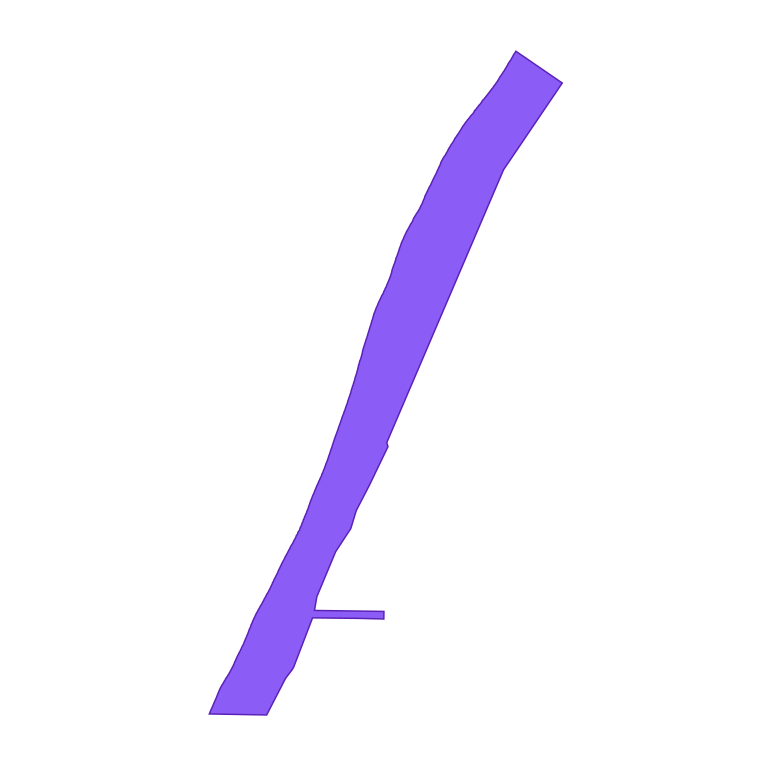 outline of Villa Gesell, Buenos Aires, Argentina, rotated 173°
{"feature_id": "61730980B33740437048301", "entity_name": "Villa Gesell", "entity_type": "district", "adm_level": 2, "iso_a3": "ARG", "parent_name": "Argentina", "parent_adm1": "Buenos Aires", "projection": "natural_earth1", "projection_center": [-57.039, -37.367], "detail": "fine", "context": "isolated", "style": "filled", "palette": "violet", "viewbox_px": 768, "rotation_deg": 173, "n_neighbors": 0, "source": "geoboundaries", "source_scale": "gbopen_adm2", "svg_char_len": 6124}
<svg xmlns="http://www.w3.org/2000/svg" viewBox="0 0 768 768"><g transform="rotate(173 384 384)"><path d="M540.8,69.8L517.6,103.8L510.5,111.1L508.3,113.7L483.4,160.6L437.4,154.4L412.8,150.8L411.8,158.3L480.6,167.7L476.6,181.0L452.4,223.5L434.6,244.5L427.0,261.7L410.7,285.5L387.7,321.3L388.4,325.5L239.3,582.0L170.4,661.0L212.5,698.2L213.4,697.0L214.8,695.6L215.5,694.7L216.1,693.7L218.1,691.0L218.4,690.3L219.9,689.0L220.1,688.6L221.1,687.6L221.2,687.3L221.8,686.7L222.6,685.3L223.1,684.7L224.3,683.1L225.1,682.2L225.5,681.6L226.0,681.1L226.5,680.2L227.5,679.3L228.0,678.5L228.9,677.6L229.4,676.8L230.3,676.0L231.8,674.3L233.4,672.0L234.1,671.3L234.7,670.4L235.7,669.5L237.1,667.7L238.4,666.6L239.4,665.3L239.6,665.2L239.8,664.7L240.6,664.2L241.4,663.4L241.9,662.7L242.6,662.1L242.7,661.9L243.0,661.6L243.3,661.4L243.6,661.0L243.9,660.8L244.2,660.4L245.2,659.6L245.6,658.9L246.2,658.3L246.4,658.2L246.9,657.8L247.3,657.3L247.8,657.0L248.0,656.5L248.9,655.9L249.0,655.6L250.2,654.5L251.0,654.0L252.0,653.0L253.0,651.6L253.7,650.9L254.2,650.3L255.1,649.6L255.3,649.3L255.5,649.3L256.0,648.9L257.0,647.8L257.3,647.3L258.3,646.6L258.9,645.7L259.9,645.1L260.2,644.6L260.8,644.3L261.0,644.0L262.0,642.3L262.4,642.0L262.6,641.6L263.4,641.1L265.6,639.2L267.3,637.3L268.7,636.2L270.3,634.4L270.7,634.1L272.0,632.7L273.4,631.1L274.5,630.1L274.9,629.3L275.6,628.6L276.9,626.8L277.6,626.1L278.0,625.4L278.7,624.8L279.1,624.0L279.7,623.6L279.9,623.2L282.0,621.0L282.6,620.1L283.4,619.5L284.2,618.3L284.9,617.2L285.6,616.3L286.0,615.7L288.2,613.4L289.1,612.1L290.6,610.3L291.5,609.2L292.0,608.2L292.5,607.6L292.8,607.0L294.4,605.1L295.0,603.9L296.3,602.7L297.1,601.8L297.3,601.4L298.1,600.6L298.6,599.5L299.2,599.0L300.0,597.8L300.6,596.8L301.5,594.8L302.6,593.1L302.7,592.8L303.3,592.2L303.8,591.1L304.5,590.2L304.8,589.6L305.5,588.5L305.9,587.6L306.4,586.9L306.8,586.2L308.1,584.4L309.8,581.9L310.8,580.2L312.7,577.3L312.9,576.6L313.2,576.4L313.2,576.2L314.9,574.1L316.2,572.1L317.6,569.8L317.9,569.5L318.0,569.1L318.5,568.5L319.1,567.4L319.9,566.4L320.6,565.1L321.3,563.4L321.6,563.0L322.9,560.8L324.4,558.0L325.9,556.0L326.3,555.1L326.7,554.8L327.1,553.8L327.6,553.3L330.0,550.2L331.3,548.9L331.7,548.1L332.8,546.9L333.2,546.3L333.8,545.7L335.1,543.6L335.7,542.3L336.3,541.4L338.3,539.2L338.6,538.5L339.8,537.0L340.4,535.9L341.0,535.3L341.8,534.0L342.1,533.8L343.4,532.0L343.9,531.0L344.5,530.2L345.1,529.1L345.9,528.0L347.4,525.2L347.9,524.6L349.4,522.1L351.0,518.7L351.7,517.4L352.1,516.9L352.6,515.4L353.0,514.7L354.0,512.5L354.8,511.0L355.1,510.2L355.9,508.7L356.1,508.5L356.3,508.1L356.7,507.7L357.0,506.6L357.5,505.6L357.7,504.9L358.9,502.4L359.4,501.5L359.7,500.9L360.1,500.3L361.0,498.3L362.0,496.4L363.2,492.8L363.5,492.4L364.6,489.9L365.1,489.2L365.4,488.5L366.1,487.1L366.3,486.9L368.2,483.4L368.9,482.4L369.8,480.5L371.2,478.6L371.5,477.9L371.9,477.1L372.4,476.7L373.8,474.0L374.2,473.5L374.8,472.7L375.3,472.1L377.6,468.4L377.8,468.2L378.2,467.4L378.4,467.2L379.5,465.5L381.7,461.5L382.6,460.3L382.9,459.4L384.0,457.5L384.3,456.7L385.2,455.4L387.4,450.0L388.7,447.4L389.8,444.5L390.6,443.0L390.9,442.2L391.5,441.0L391.9,440.0L394.1,435.1L395.3,432.2L396.5,430.1L397.1,428.4L397.6,427.6L398.1,426.3L398.4,425.8L398.9,424.5L399.5,423.4L401.0,419.9L402.2,416.2L402.3,416.1L403.0,414.4L403.8,412.4L404.5,411.0L405.2,409.9L406.1,407.5L407.0,405.7L407.5,403.9L408.0,402.8L408.3,401.7L409.1,400.1L409.7,398.3L410.2,397.4L410.6,396.3L411.6,394.5L412.9,390.9L413.9,389.0L414.9,386.5L415.3,386.0L416.3,383.7L416.9,382.6L417.9,379.8L419.1,377.4L419.5,376.4L420.1,375.4L420.8,373.8L422.2,371.0L422.8,369.3L424.6,366.0L425.7,363.5L427.2,360.8L427.8,359.2L428.3,358.6L429.0,357.1L429.7,356.0L430.3,354.3L431.1,353.0L431.5,351.9L432.1,350.9L432.9,349.2L434.5,346.2L435.1,344.7L435.9,343.3L436.0,342.9L439.8,335.6L440.3,334.3L441.4,332.3L441.6,331.6L443.2,328.3L443.4,327.7L444.8,325.1L446.0,322.3L448.1,318.2L448.1,317.9L448.5,317.1L448.8,316.6L450.3,313.5L451.5,311.6L451.8,310.7L453.0,308.5L453.5,307.3L454.2,306.3L455.4,303.9L456.5,302.3L457.1,300.9L457.9,299.4L459.3,297.5L459.6,296.6L460.4,295.6L461.7,293.2L463.0,291.3L464.8,288.0L465.4,287.1L465.7,286.4L466.2,285.6L466.6,284.7L468.4,281.8L469.7,279.2L471.1,276.9L471.4,276.0L472.0,275.1L472.5,273.8L473.9,271.2L474.4,269.6L475.3,268.5L475.7,267.5L476.2,266.8L476.8,265.2L477.6,264.3L478.1,263.1L479.0,262.0L479.3,261.0L479.6,260.6L479.8,260.0L480.6,259.1L481.3,257.1L482.1,256.2L482.4,255.3L483.0,254.3L483.7,252.9L484.7,251.6L485.6,249.3L487.5,247.3L488.0,245.8L488.6,245.1L489.3,244.5L489.8,243.6L490.1,242.8L490.6,242.2L491.6,240.6L492.4,239.8L493.0,238.4L493.5,237.9L494.3,236.7L495.8,235.0L497.6,232.2L498.6,230.9L499.0,230.2L499.3,229.8L500.3,228.3L500.5,228.0L500.7,227.6L501.4,226.8L502.1,225.7L502.7,225.1L504.8,221.7L505.7,220.6L505.9,220.3L506.7,219.2L507.9,217.3L508.3,216.5L509.1,215.5L509.6,214.4L510.1,213.9L510.6,213.0L511.6,211.6L512.4,209.9L515.7,205.1L516.1,204.2L516.7,203.7L516.9,203.4L517.9,201.6L518.9,200.2L519.2,199.4L520.2,197.9L521.8,195.2L522.7,194.0L524.8,190.9L525.9,189.7L526.6,188.5L527.4,187.5L528.4,185.9L528.9,185.5L529.7,184.0L530.9,182.5L532.2,180.4L533.9,178.5L534.6,177.4L534.7,177.1L535.5,176.2L537.9,172.8L538.4,172.3L540.2,169.4L540.4,168.9L541.2,167.9L542.2,166.1L542.7,165.5L543.7,163.8L544.2,162.6L544.7,162.0L545.2,161.3L546.1,159.1L546.5,158.6L546.6,158.2L547.3,157.4L548.1,155.8L549.7,152.6L550.4,151.5L550.8,150.7L551.5,149.7L551.9,148.4L552.5,148.0L553.2,146.4L554.0,145.4L554.7,143.6L555.1,143.2L555.5,142.4L556.1,141.7L557.2,140.1L558.0,138.6L558.7,137.7L559.5,136.2L560.1,135.6L560.3,135.2L560.7,134.7L561.8,133.0L562.3,132.3L562.7,131.6L563.0,131.3L563.4,130.4L563.8,129.9L565.5,127.0L566.0,126.4L567.0,124.3L567.6,123.6L568.0,122.7L568.3,122.2L568.8,121.8L569.1,121.1L570.8,118.8L571.8,117.2L572.6,116.3L573.2,115.2L574.0,114.5L574.8,113.2L576.2,111.8L577.0,110.9L577.7,109.7L578.4,108.9L579.3,107.8L579.5,107.3L581.3,105.2L582.0,104.1L582.9,103.1L585.5,98.8L585.9,98.0L586.1,97.8L588.9,92.6L591.6,88.2L593.0,85.6L596.2,80.4L596.7,79.4L597.6,77.8L540.8,69.8Z" fill="#8b5cf6" stroke="#5b21b6" stroke-width="1.5"/></g></svg>